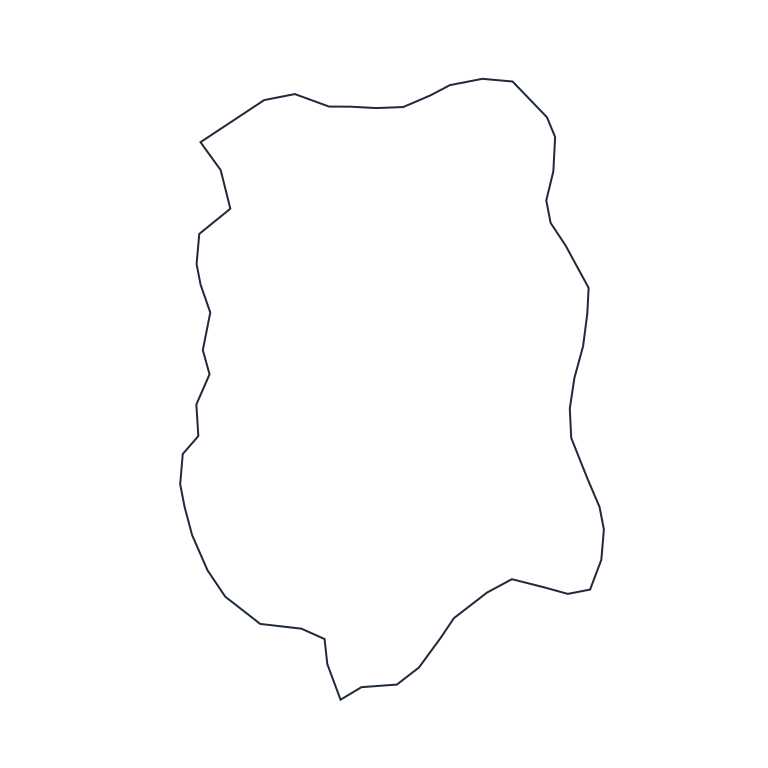 the district of Pileri, Cyprus, rotated 349°
{"feature_id": "46923920B51203162214587", "entity_name": "Pileri", "entity_type": "district", "adm_level": 2, "iso_a3": "CYP", "parent_name": "Cyprus", "parent_adm1": "", "projection": "mercator", "projection_center": [33.212, 35.289], "detail": "fine", "context": "isolated", "style": "outline", "palette": "slate", "viewbox_px": 768, "rotation_deg": 349, "n_neighbors": 0, "source": "geoboundaries", "source_scale": "gbopen_adm2", "svg_char_len": 883}
<svg xmlns="http://www.w3.org/2000/svg" viewBox="0 0 768 768"><g transform="rotate(349 384 384)"><path d="M281.1,685.6L304.0,677.3L339.3,681.5L364.3,668.9L391.3,643.9L407.9,627.2L445.3,608.4L472.3,600.0L503.5,614.7L524.3,625.1L547.1,625.1L563.8,598.0L572.1,568.7L572.1,545.8L565.8,516.5L557.5,472.7L561.7,443.5L572.1,414.3L586.6,385.0L597.0,353.7L603.2,328.7L588.7,282.8L578.3,257.7L578.3,234.8L590.8,207.6L599.1,174.2L594.9,153.3L567.9,111.6L538.8,103.2L505.6,103.2L484.8,109.5L455.7,115.8L428.7,111.6L403.7,105.3L383.0,101.2L351.8,82.4L320.6,82.4L285.3,97.0L250.0,111.6L264.5,142.9L266.6,182.6L231.3,201.4L222.9,230.6L222.9,251.4L227.1,280.7L212.6,316.2L214.6,341.2L195.9,368.3L191.8,399.7L173.1,414.3L164.8,443.5L164.8,466.5L166.8,495.7L175.2,533.2L187.6,562.5L216.7,595.9L256.2,608.4L277.0,623.0L274.9,648.1L281.1,685.6Z" fill="none" stroke="#1e293b" stroke-width="2"/></g></svg>